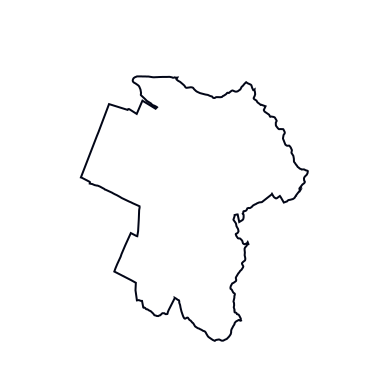 the district of Urlati, Prahova, Romania, rotated 129°
{"feature_id": "2599482B73103254807703", "entity_name": "Urlati", "entity_type": "district", "adm_level": 2, "iso_a3": "ROU", "parent_name": "Romania", "parent_adm1": "Prahova", "projection": "orthographic", "projection_center": [26.251, 44.997], "detail": "fine", "context": "isolated", "style": "outline", "palette": "ink", "viewbox_px": 384, "rotation_deg": 129, "n_neighbors": 0, "source": "geoboundaries", "source_scale": "gbopen_adm2", "svg_char_len": 6003}
<svg xmlns="http://www.w3.org/2000/svg" viewBox="0 0 384 384"><g transform="rotate(129 192 192)"><path d="M208.2,301.2L250.6,287.5L250.3,286.8L248.5,278.0L248.6,277.5L249.8,276.8L248.6,274.5L247.9,272.0L246.8,269.8L246.4,269.3L245.7,266.9L244.8,262.0L244.9,261.2L244.8,260.9L244.6,260.6L242.8,253.5L242.8,253.1L242.3,250.5L241.8,248.6L241.2,245.2L240.9,242.8L238.9,234.5L238.4,232.8L238.0,230.9L236.1,223.8L237.1,222.9L239.3,221.7L246.8,216.1L256.4,209.2L260.8,206.7L261.1,207.3L262.4,213.7L275.5,210.3L284.6,207.7L287.3,206.7L295.2,204.7L299.6,203.4L302.7,202.3L298.8,183.7L297.9,178.5L303.9,174.1L310.9,166.6L309.5,165.3L308.8,163.3L308.1,162.3L312.4,157.2L312.4,156.9L311.9,156.7L311.8,156.3L311.6,155.2L311.9,154.4L311.8,153.6L311.2,152.8L311.1,151.0L310.6,149.0L310.9,145.6L311.4,143.7L310.6,141.8L310.5,141.3L309.6,140.1L308.3,139.6L307.8,139.1L305.1,138.8L304.7,138.6L303.6,137.1L303.6,135.8L303.0,135.0L302.3,134.4L302.1,134.4L300.5,135.2L298.5,135.8L286.0,138.5L285.3,138.7L285.1,138.9L284.8,136.8L284.8,135.3L284.4,134.2L284.5,133.8L284.9,133.2L286.1,132.2L287.3,130.2L289.1,128.1L291.4,125.1L293.6,121.6L294.4,120.2L295.0,118.6L295.0,118.1L294.7,117.6L293.0,116.9L292.5,116.5L292.3,116.0L292.9,113.9L293.0,113.3L292.8,112.1L293.3,109.4L293.2,108.5L294.5,105.0L294.3,102.7L294.1,101.5L293.6,100.3L293.5,99.2L293.1,97.9L293.0,96.4L292.4,94.7L292.3,94.0L292.5,93.0L293.1,91.7L294.1,89.0L294.3,87.9L293.9,82.7L293.3,80.6L292.3,80.4L291.6,80.0L289.7,78.3L289.4,77.8L289.1,76.3L288.8,75.3L288.0,74.3L287.4,74.0L286.0,73.4L284.3,72.5L281.0,72.2L278.3,72.4L276.5,73.2L275.4,74.1L274.0,74.8L269.9,75.6L268.3,75.7L267.2,76.3L265.9,76.4L264.9,76.3L262.0,75.1L261.7,74.5L261.7,73.6L261.4,73.2L261.0,73.0L260.7,73.6L259.7,74.4L258.3,77.5L258.1,78.2L258.0,78.7L258.6,80.2L258.1,81.3L258.2,82.1L258.6,82.9L258.6,83.2L258.4,83.5L257.5,84.4L257.4,84.3L256.8,84.8L255.3,87.0L253.6,87.9L251.8,89.5L251.2,90.6L250.9,90.9L247.6,92.5L246.0,93.7L245.0,94.0L244.3,94.5L244.1,95.0L244.2,96.5L244.0,97.1L242.9,99.6L242.9,101.2L241.9,102.1L240.5,102.7L237.8,103.2L236.3,102.5L233.6,101.8L232.6,102.2L231.2,103.9L230.3,104.2L226.1,104.8L224.9,104.7L223.1,104.9L221.3,104.6L218.5,104.9L217.7,105.2L217.4,105.5L216.6,107.5L216.1,108.2L215.6,108.4L214.1,108.3L212.1,107.8L211.4,107.9L210.4,108.5L209.6,109.3L208.0,111.3L205.8,112.8L204.0,114.6L202.9,115.5L201.7,115.8L199.5,115.7L198.5,115.9L198.1,116.0L197.1,115.3L196.9,115.5L196.7,115.8L196.7,116.2L196.1,116.8L195.9,117.2L196.9,117.1L197.9,116.7L198.0,116.7L198.2,117.5L199.6,118.4L199.8,119.0L199.8,120.1L198.4,122.1L198.1,123.1L197.9,125.1L198.0,125.6L198.9,126.8L199.0,127.3L198.3,129.8L197.4,131.3L197.1,131.5L196.8,131.5L195.4,130.8L193.5,131.0L193.0,131.4L191.8,132.9L190.6,135.9L188.9,137.9L188.7,138.3L188.4,139.2L187.6,142.1L187.4,142.4L184.0,143.7L183.1,144.4L181.1,142.9L180.7,142.4L185.6,136.4L182.0,135.1L181.3,135.1L180.6,135.2L179.1,136.0L177.3,137.5L177.1,138.0L177.1,138.6L176.9,139.0L176.0,139.0L174.8,139.8L174.6,139.8L174.2,139.6L173.4,138.8L172.9,138.5L172.4,138.3L171.1,138.3L170.4,138.6L169.8,138.7L168.7,137.9L168.4,137.3L167.9,136.8L166.2,136.2L164.2,136.1L162.3,135.4L161.5,134.9L159.8,134.3L157.8,133.2L156.3,131.7L155.8,131.3L143.9,128.6L143.1,128.7L144.3,125.5L144.4,124.5L144.2,122.9L143.7,122.3L143.3,122.1L139.8,121.2L140.2,119.7L142.4,114.0L139.4,112.2L138.4,112.2L137.5,111.9L136.0,110.6L134.7,109.7L134.1,109.2L132.5,108.7L131.9,108.6L131.2,108.7L130.3,108.9L129.5,108.7L129.2,109.0L126.2,109.1L123.7,109.1L123.7,108.8L122.6,108.9L122.5,109.2L121.9,109.2L122.4,109.7L122.3,110.0L120.4,110.2L120.8,110.8L116.7,110.9L114.7,110.4L113.7,110.4L112.9,110.9L112.8,111.0L112.7,111.7L112.5,112.1L110.9,113.6L110.0,113.9L109.0,114.0L106.3,113.7L104.6,114.1L102.9,115.1L103.0,116.2L103.6,117.3L103.8,118.8L104.5,119.9L105.5,120.9L105.6,121.9L106.0,123.0L106.0,123.3L105.9,124.5L106.0,125.6L105.4,127.4L105.3,128.3L104.7,130.1L104.4,131.5L104.0,132.1L102.1,133.7L100.2,135.9L100.0,136.4L99.0,139.3L98.8,139.5L97.3,140.3L96.6,140.7L95.4,143.0L95.0,144.2L94.8,145.6L94.9,145.8L95.9,146.8L96.2,147.2L96.4,148.0L96.4,149.3L93.3,154.8L93.0,155.1L90.3,156.6L89.6,156.8L88.3,156.8L87.4,157.3L86.9,158.0L85.8,160.4L85.8,160.7L87.0,162.3L88.4,164.0L88.5,164.5L88.4,165.5L88.2,166.2L87.8,168.0L87.3,168.9L85.5,170.4L85.1,170.6L83.8,170.8L83.3,171.1L82.1,174.2L82.0,174.6L82.1,175.1L82.3,175.8L83.4,177.8L83.6,178.1L84.2,178.4L84.3,178.8L83.4,180.7L83.8,185.6L83.8,186.3L83.4,187.3L83.1,187.8L79.1,188.8L80.6,193.1L80.9,193.2L81.1,193.4L81.0,195.2L81.1,196.2L81.1,197.5L80.9,198.2L80.4,199.4L80.7,202.1L80.5,202.9L79.9,203.3L78.1,203.7L76.3,204.4L74.6,206.1L73.6,207.5L73.0,207.9L74.1,208.2L74.3,208.5L73.2,210.8L71.7,213.0L71.6,213.9L72.5,217.3L72.6,219.0L74.8,219.3L77.5,219.3L79.0,219.6L81.9,219.0L85.1,219.9L86.3,220.9L86.6,221.4L86.9,222.0L87.4,223.9L87.7,224.5L88.0,224.7L88.7,225.0L91.9,225.7L92.3,226.6L92.8,227.0L94.6,227.1L97.1,227.9L97.8,228.3L99.4,228.6L100.5,229.6L102.6,232.4L103.4,233.1L104.6,233.5L105.1,234.1L105.3,234.4L105.5,235.1L105.2,236.4L105.2,236.7L105.9,238.1L106.6,240.8L107.8,242.9L110.1,248.0L110.9,251.2L111.0,252.5L110.8,255.0L110.4,256.5L110.4,256.9L110.7,257.8L111.3,258.8L114.4,261.7L114.7,262.3L114.7,263.1L114.1,264.9L114.0,266.8L113.9,270.5L114.1,271.7L114.3,272.5L114.3,274.6L114.1,275.2L113.8,275.6L113.5,275.7L112.9,275.3L112.3,275.4L113.5,276.6L113.6,277.2L113.8,277.6L114.3,277.8L115.2,278.7L115.5,279.7L116.5,281.7L122.3,288.7L126.9,293.9L127.6,294.9L129.6,298.4L135.7,306.2L136.8,307.5L137.2,307.7L138.8,308.6L140.2,309.0L141.5,308.8L142.0,308.6L142.8,308.1L143.2,307.6L143.4,307.2L143.5,305.7L143.2,304.3L143.0,301.4L143.0,300.3L143.3,299.3L144.8,296.5L147.1,293.9L148.3,293.2L148.8,292.8L148.9,292.4L149.3,287.0L149.6,284.4L149.0,279.6L149.2,278.5L149.2,277.2L148.6,275.5L148.2,273.5L148.1,273.1L148.1,272.5L150.2,272.7L151.2,280.4L152.1,287.0L152.2,288.0L166.1,284.1L167.1,292.8L167.3,293.3L167.9,293.8L168.7,293.7L175.9,311.8L204.2,302.4L208.2,301.2Z" fill="none" stroke="#020617" stroke-width="2"/></g></svg>